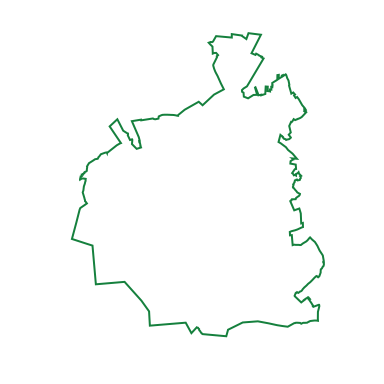 San Diego de la Unión, Guanajuato, Mexico, rotated 260°
{"feature_id": "50627088B13411360723514", "entity_name": "San Diego de la Unión", "entity_type": "district", "adm_level": 2, "iso_a3": "MEX", "parent_name": "Mexico", "parent_adm1": "Guanajuato", "projection": "robinson", "projection_center": [-100.814, 21.457], "detail": "fine", "context": "isolated", "style": "outline", "palette": "green", "viewbox_px": 384, "rotation_deg": 260, "n_neighbors": 0, "source": "geoboundaries", "source_scale": "gbopen_adm2", "svg_char_len": 5859}
<svg xmlns="http://www.w3.org/2000/svg" viewBox="0 0 384 384"><g transform="rotate(260 192 192)"><path d="M43.3,293.7L45.2,293.9L52.1,295.2L55.4,296.7L57.5,297.6L58.8,297.6L58.9,297.2L57.9,291.7L58.5,291.6L58.4,291.2L58.5,291.1L58.9,291.1L59.5,291.3L60.8,290.7L61.2,290.6L65.9,288.5L66.1,289.5L67.0,289.0L67.1,288.6L66.9,288.2L67.3,288.2L68.1,288.3L68.2,288.2L68.2,287.8L67.6,286.8L67.3,285.8L66.4,283.9L66.2,284.1L64.3,280.4L71.4,275.2L71.9,275.0L74.5,276.6L74.5,277.2L74.8,277.4L74.7,277.7L75.1,278.1L74.6,278.6L74.2,279.2L74.4,279.5L74.5,279.9L75.2,281.0L75.2,281.5L75.5,282.5L76.1,283.3L77.1,284.2L77.9,285.3L78.3,285.7L80.0,288.5L81.4,290.4L82.7,292.8L84.3,295.1L86.2,297.6L87.5,299.6L87.6,300.2L87.4,300.3L86.8,301.0L86.7,300.9L86.1,301.4L86.3,301.8L86.5,301.8L86.7,302.3L87.0,302.8L90.3,304.7L91.0,304.8L93.4,305.4L94.2,306.7L94.7,307.0L94.9,307.2L95.4,307.5L95.6,307.8L95.9,308.0L96.0,308.3L96.3,308.7L97.7,309.3L99.5,309.6L99.5,309.2L100.3,309.0L100.8,309.3L101.0,309.7L101.2,309.8L106.8,309.8L112.2,307.5L117.3,306.1L121.4,304.4L124.6,301.8L126.8,300.4L126.6,300.0L124.4,297.4L123.5,296.0L122.1,292.3L121.6,291.4L121.3,290.7L121.1,290.5L120.9,290.0L121.0,289.0L121.2,288.6L121.5,287.5L122.0,284.7L122.4,283.4L122.2,281.9L132.2,282.8L132.3,281.0L135.7,281.4L136.1,283.0L136.4,286.8L136.8,289.3L138.0,293.8L138.2,295.2L142.3,295.8L142.1,294.1L152.0,295.4L156.5,294.9L157.1,294.8L156.2,289.5L165.9,287.2L166.0,287.6L166.5,288.5L167.0,288.5L167.5,289.1L166.9,292.8L168.2,293.6L168.4,294.2L168.9,295.0L169.4,296.3L169.7,296.8L170.6,297.7L171.4,298.0L173.3,295.6L174.4,295.1L176.5,293.8L178.4,292.8L178.7,292.3L179.4,292.2L180.2,292.7L181.6,293.3L181.8,293.0L182.7,293.6L183.7,294.7L184.2,294.7L184.8,295.1L185.5,295.3L185.5,295.8L185.7,296.3L186.1,296.9L186.0,297.6L185.3,297.7L185.1,298.0L185.3,298.2L185.1,299.1L185.1,300.0L185.4,300.3L185.9,300.1L185.6,300.4L186.0,300.6L186.8,301.5L187.2,301.5L188.0,301.7L188.7,301.3L189.0,302.3L191.9,300.3L192.4,300.5L193.0,300.4L192.5,299.8L191.9,298.6L191.7,297.6L190.1,297.3L190.6,296.7L190.9,296.4L190.8,295.3L191.0,295.3L191.1,295.1L191.7,295.1L193.2,293.9L196.6,297.2L196.6,298.5L201.0,298.9L202.9,293.8L205.2,294.4L206.2,296.4L206.3,296.8L206.3,296.5L206.4,297.3L207.2,297.0L207.4,297.0L207.6,296.8L206.5,301.1L212.3,297.7L216.7,293.9L219.8,292.3L224.7,287.7L226.2,285.9L232.9,289.0L231.3,290.3L231.3,290.5L230.7,290.7L230.6,290.9L230.2,290.9L230.1,291.3L229.9,291.4L229.4,291.3L229.2,291.4L228.6,291.7L228.2,292.2L227.8,293.3L227.0,293.6L226.9,293.7L227.1,294.7L227.2,296.8L227.8,298.0L228.0,298.4L228.5,298.8L231.6,297.2L233.5,299.6L240.1,299.2L243.8,301.7L243.5,302.1L244.0,302.8L244.0,303.0L246.1,304.8L244.9,306.0L245.5,308.4L245.4,308.4L246.1,311.4L246.8,313.1L250.3,317.8L250.7,318.2L250.8,318.4L251.2,318.2L250.9,317.6L252.0,316.7L252.9,318.4L254.2,317.9L253.7,316.9L255.3,317.1L255.5,317.3L258.4,315.6L264.8,313.3L267.3,312.0L266.6,310.4L269.4,309.2L269.5,309.3L270.1,310.4L272.4,309.0L271.6,306.9L279.5,306.1L280.3,306.1L280.6,306.3L280.7,306.5L285.1,306.4L287.4,305.6L290.8,305.1L291.3,304.9L291.6,304.7L290.2,301.5L291.3,301.7L291.0,300.6L289.8,300.4L288.4,297.0L292.3,297.8L292.3,296.4L287.7,295.5L285.5,290.0L282.9,289.5L282.9,289.8L281.3,289.3L281.7,288.3L279.0,287.9L279.4,286.5L277.5,286.3L277.7,285.9L278.3,283.9L282.6,284.9L283.1,282.9L275.8,281.2L275.2,277.0L275.8,277.1L275.7,274.2L277.2,274.1L284.1,272.7L283.9,272.2L277.5,272.9L276.4,272.8L276.9,269.4L274.5,263.5L276.9,259.6L280.9,260.0L282.0,258.7L283.7,258.9L285.0,260.8L286.5,264.5L311.1,285.7L312.4,283.8L313.1,284.4L314.7,281.8L315.3,281.5L317.1,279.2L316.0,278.3L318.3,274.7L334.9,287.2L338.6,275.2L333.2,272.1L337.4,267.9L337.5,268.0L340.6,258.6L337.2,258.0L341.3,242.8L336.5,238.8L336.1,237.8L336.5,236.4L336.1,234.4L334.0,235.7L331.7,237.4L327.6,236.9L324.7,236.5L325.0,238.0L325.0,238.6L324.8,239.9L322.2,241.5L322.1,241.4L321.5,240.0L321.2,239.9L320.7,240.0L320.4,240.0L314.3,235.5L313.5,235.0L313.0,234.9L312.4,234.9L309.6,235.2L306.6,235.8L305.2,236.2L301.9,237.3L293.9,239.3L287.6,241.2L284.1,230.6L275.6,217.5L279.7,214.3L274.3,199.1L270.0,191.4L269.5,191.4L269.7,190.6L270.1,189.9L271.0,187.4L272.3,181.5L272.8,178.8L273.1,176.3L272.9,175.0L272.2,172.4L270.1,171.7L270.0,168.4L270.5,167.1L271.2,166.3L271.4,154.4L272.1,154.4L272.2,145.1L255.3,149.1L251.6,149.4L251.5,148.8L250.4,148.8L250.5,149.2L245.8,149.4L245.8,149.2L244.7,149.5L244.1,145.0L249.6,141.2L253.7,142.3L254.3,142.1L254.0,140.0L259.0,138.6L259.8,139.0L260.7,139.1L260.9,138.6L264.3,134.9L276.6,131.1L270.9,122.3L252.5,130.5L252.3,129.4L251.1,126.1L245.6,115.9L245.4,115.2L245.1,115.1L245.8,114.9L245.8,113.3L245.0,108.8L243.0,106.7L242.6,106.0L241.3,105.1L241.1,104.9L241.1,102.2L240.4,100.7L238.2,95.4L237.0,94.5L236.5,93.9L236.0,93.6L235.6,93.2L235.3,93.0L234.9,93.1L234.3,93.0L233.0,92.5L231.2,92.1L230.8,91.8L230.4,90.5L230.4,90.1L230.1,89.5L229.9,89.3L229.5,89.5L229.3,89.4L229.0,88.9L228.8,87.7L228.2,87.7L227.9,87.5L228.2,86.4L227.6,86.3L227.0,86.0L226.7,85.7L226.6,85.8L226.4,85.2L226.5,85.0L223.9,83.9L223.6,83.9L224.4,85.8L224.1,87.6L223.4,89.6L222.1,89.2L221.5,89.2L220.5,88.6L218.8,87.9L216.3,86.5L212.4,85.3L210.6,84.3L209.7,84.4L208.9,84.5L204.6,85.0L203.9,85.0L202.7,85.2L201.4,85.1L200.9,85.6L199.0,86.5L195.6,79.2L194.2,78.3L181.8,72.7L166.6,65.6L159.0,79.9L156.5,84.7L117.8,81.3L115.2,110.0L93.8,123.3L81.9,129.0L67.7,127.3L64.4,163.1L53.1,166.9L57.9,173.2L57.6,173.5L57.4,173.9L57.3,174.3L57.2,174.4L56.6,174.5L55.8,175.2L55.0,175.1L54.3,175.3L53.7,175.8L51.8,176.5L51.5,176.9L51.0,177.0L50.2,177.8L44.0,200.7L50.1,203.6L54.7,219.3L53.2,234.4L49.3,244.8L46.1,252.6L44.3,257.8L42.7,262.9L45.1,269.9L45.0,270.8L45.2,271.1L45.1,272.4L44.3,275.8L43.3,276.7L43.8,278.4L43.8,279.4L43.6,280.1L43.3,282.7L43.9,284.2L44.0,284.9L44.2,285.1L44.4,286.2L44.2,290.0L43.9,291.9L43.3,293.7Z" fill="none" stroke="#15803d" stroke-width="2"/></g></svg>